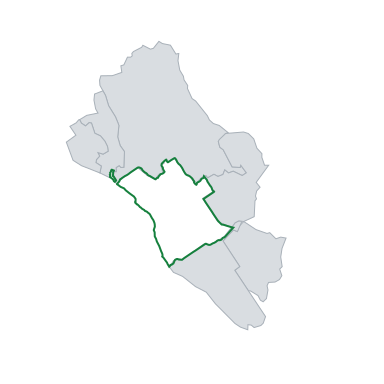 map of Angola with Democratic Republic of the Congo, Botswana, Namibia and 3 others greyed out, rotated 326°
{"feature_id": "AGO", "entity_name": "Angola", "entity_type": "country or territory", "adm_level": 0, "iso_a3": "AGO", "parent_name": "Africa", "parent_adm1": "", "projection": "equal_earth", "projection_center": [17.424, -11.224], "detail": "fine", "context": "with_neighbors", "style": "outline", "palette": "green", "viewbox_px": 384, "rotation_deg": 326, "n_neighbors": 6, "source": "natural_earth", "source_scale": "50m", "svg_char_len": 7616}
<svg xmlns="http://www.w3.org/2000/svg" viewBox="0 0 384 384"><g transform="rotate(326 192 192)"><path d="M245.9,118.6L247.4,137.4L246.7,142.0L248.0,147.2L251.8,152.1L255.2,163.2L252.6,162.3L242.0,164.9L240.1,170.5L241.5,174.4L239.3,193.6L245.6,198.6L247.4,197.0L247.8,206.5L242.8,206.4L237.8,197.8L232.9,196.6L231.5,192.0L227.4,194.8L222.2,193.6L220.1,189.6L212.9,189.0L212.6,186.2L207.3,185.5L198.8,187.4L199.2,176.9L197.1,173.7L196.6,168.3L197.6,162.9L196.3,159.5L196.2,154.0L188.2,154.1L188.8,150.9L185.4,150.9L185.1,152.4L181.0,152.8L178.4,160.1L174.8,158.9L168.3,160.8L164.2,153.4L160.7,141.5L141.3,141.4L134.4,143.4L133.5,140.7L135.2,139.8L136.4,133.6L138.8,131.8L140.5,132.7L142.8,129.3L146.4,129.4L146.8,131.9L149.3,133.4L158.6,120.7L158.4,113.4L161.2,104.8L168.6,96.0L169.3,93.1L170.6,86.8L171.1,73.9L174.3,63.6L175.3,52.1L177.9,47.6L181.4,44.7L191.0,51.0L200.7,53.6L203.6,47.6L206.6,48.5L213.9,44.1L216.5,45.9L218.6,45.7L219.6,43.5L222.0,42.8L231.2,43.9L233.3,42.9L237.4,50.3L240.3,51.3L248.8,48.6L250.4,52.3L256.2,58.2L255.8,68.6L258.5,69.8L253.8,75.3L250.0,84.1L249.6,91.2L248.1,94.6L248.0,101.3L246.1,103.7L244.3,114.6L245.9,118.6Z" fill="#d9dde1" stroke="#a8b0b8" stroke-width="1"/><path d="M244.2,282.8L235.1,289.1L229.2,295.5L225.0,304.3L221.6,304.9L219.7,311.6L215.6,313.5L210.5,313.1L204.9,309.8L201.8,311.7L200.2,315.7L194.1,322.0L189.6,322.8L188.2,319.9L188.8,314.8L185.2,306.8L183.5,305.5L183.7,280.8L189.9,280.5L190.3,249.9L205.1,246.6L207.5,250.2L211.6,246.8L218.4,245.4L224.0,258.9L231.0,268.3L233.7,269.2L235.4,277.7L240.3,279.0L244.2,282.8Z" fill="#d9dde1" stroke="#a8b0b8" stroke-width="1"/><path d="M183.7,280.8L183.3,336.4L177.7,340.6L174.4,341.2L167.7,339.1L166.7,335.5L164.2,333.3L161.2,337.4L156.6,331.1L154.1,325.0L148.9,297.8L147.8,283.0L142.0,272.4L137.0,256.7L131.7,248.3L131.3,241.7L138.2,238.6L142.4,238.8L146.3,242.7L173.3,241.8L177.8,245.9L193.4,247.1L210.5,241.6L214.7,242.1L217.2,244.1L207.5,250.2L205.1,246.6L190.3,249.9L189.9,280.5L183.7,280.8Z" fill="#d9dde1" stroke="#a8b0b8" stroke-width="1"/><path d="M174.7,58.3L174.3,63.6L171.1,73.9L170.6,86.8L169.3,93.1L168.6,96.0L161.2,104.8L158.4,113.4L158.6,120.7L149.3,133.4L146.8,131.9L146.4,129.4L142.8,129.3L140.5,132.7L136.3,128.7L131.7,134.0L126.3,124.7L131.3,119.8L128.8,113.9L131.0,111.7L135.5,110.6L136.0,106.7L139.5,110.9L145.3,111.3L147.4,107.1L148.2,101.2L147.5,94.3L144.3,89.0L147.2,78.7L145.6,77.0L140.7,77.7L138.8,73.1L139.3,69.2L147.6,69.6L158.2,74.0L158.6,69.2L162.1,61.0L166.0,56.3L174.7,58.3Z" fill="#d9dde1" stroke="#a8b0b8" stroke-width="1"/><path d="M127.5,69.3L134.6,69.9L138.5,68.8L139.3,69.2L138.8,73.1L140.7,77.7L145.6,77.0L147.2,78.7L144.3,89.0L147.5,94.3L148.2,101.2L147.4,107.1L145.3,111.3L139.5,110.9L136.0,106.7L135.5,110.6L131.0,111.7L128.8,113.9L131.3,119.8L126.3,124.7L115.1,108.4L111.1,99.2L115.7,80.4L127.5,80.0L127.5,69.3Z" fill="#d9dde1" stroke="#a8b0b8" stroke-width="1"/><path d="M252.6,162.3L268.3,171.1L271.4,175.0L272.9,182.5L270.3,192.0L271.4,199.3L269.3,202.3L267.1,210.4L270.5,212.7L250.6,219.9L251.1,226.1L246.2,227.3L242.4,230.8L241.6,233.8L239.3,234.5L229.8,247.2L218.4,245.4L214.7,242.1L210.5,241.6L205.2,243.6L196.8,231.1L197.3,203.3L210.8,203.4L210.3,200.4L211.3,197.1L210.2,193.0L211.0,188.8L210.3,186.0L212.6,186.2L212.9,189.0L220.1,189.6L222.2,193.6L227.4,194.8L231.5,192.0L232.9,196.6L237.8,197.8L242.8,206.4L247.8,206.5L247.4,197.0L245.6,198.6L239.3,193.6L241.5,174.4L240.1,170.5L242.0,164.9L243.8,163.8L252.6,162.3Z" fill="#d9dde1" stroke="#a8b0b8" stroke-width="1"/><path d="M210.7,185.5L210.8,186.7L210.9,188.3L211.0,189.4L211.1,190.0L211.0,190.5L210.9,191.2L210.7,191.8L210.6,192.3L210.7,193.0L210.6,194.2L210.6,195.3L210.5,196.5L210.7,198.5L210.7,199.2L210.4,200.2L210.2,201.0L210.0,202.0L210.0,202.5L210.5,203.8L210.5,204.1L210.1,204.2L209.7,204.2L208.3,204.2L206.4,204.2L204.5,204.2L202.5,204.2L200.8,204.2L199.1,204.2L197.6,204.2L197.6,205.6L197.5,208.4L197.5,211.2L197.5,214.0L197.5,216.8L197.5,219.6L197.4,222.4L197.4,225.2L197.4,228.0L197.4,230.0L197.8,232.7L198.4,235.6L198.7,235.8L199.4,236.4L200.4,237.5L201.0,238.3L202.1,239.7L203.6,241.5L205.0,243.2L206.3,244.6L204.3,245.1L201.4,245.8L199.5,246.3L197.1,246.9L195.6,247.3L193.6,247.7L193.3,247.7L192.8,247.4L191.7,247.3L190.3,247.8L189.3,247.9L188.5,247.7L187.8,247.3L187.0,246.7L185.8,246.5L183.9,246.7L182.2,246.6L180.5,246.2L179.3,246.1L178.6,246.1L177.8,246.0L177.0,245.7L176.3,245.2L175.4,244.0L174.8,242.9L174.6,242.7L174.4,242.6L174.2,242.5L172.3,242.5L170.6,242.5L169.6,242.5L167.1,242.5L164.6,242.5L162.2,242.5L159.7,242.4L157.2,242.4L154.8,242.4L152.3,242.4L149.9,242.4L148.5,242.4L147.3,242.5L146.0,242.6L145.8,242.6L145.5,242.4L145.3,242.2L144.5,241.6L143.9,241.1L143.0,240.3L142.5,239.4L142.0,239.1L141.2,239.0L140.6,238.8L140.1,238.8L139.2,239.2L138.5,239.6L138.0,240.0L137.2,240.5L136.5,240.9L135.3,240.8L135.0,240.9L134.3,240.9L133.7,240.5L133.1,240.5L132.3,241.0L131.3,241.2L131.5,237.9L131.8,236.5L131.7,234.8L131.6,230.3L131.4,229.6L131.2,228.9L131.9,228.4L132.2,227.9L132.6,227.2L132.9,226.2L133.3,223.8L134.6,218.5L135.2,213.3L136.0,210.8L136.3,208.0L138.5,204.5L139.0,202.2L140.2,201.2L141.8,200.0L143.0,198.0L143.6,196.5L144.2,193.8L144.2,191.0L144.6,187.1L144.5,186.1L143.9,184.5L143.7,183.4L143.2,182.4L142.5,181.6L142.3,180.1L141.2,177.9L140.9,176.3L140.4,175.3L140.3,173.9L140.0,172.5L139.5,171.1L139.0,169.5L139.0,169.0L139.3,168.4L139.6,168.2L139.5,168.5L139.3,168.8L139.3,169.1L141.3,166.3L141.4,165.8L141.4,165.1L141.3,164.4L141.4,163.5L139.5,158.3L138.0,153.5L137.7,151.0L135.7,147.8L135.0,145.7L134.5,144.2L134.2,143.7L134.3,143.4L134.8,143.3L135.9,143.0L137.5,142.6L138.9,141.7L139.3,141.4L140.1,141.3L140.9,141.5L141.1,141.4L141.3,141.3L143.1,141.3L143.9,141.3L145.3,141.3L146.2,141.4L146.7,141.5L148.1,141.6L149.8,141.6L150.4,141.5L152.6,141.4L154.8,141.4L156.8,141.4L159.0,141.4L160.6,141.4L161.4,141.7L162.1,142.3L162.4,142.8L162.6,143.0L162.8,143.6L163.2,144.0L163.3,144.7L163.2,145.6L163.2,146.7L163.5,148.0L163.9,149.4L164.6,150.8L164.9,152.0L164.8,152.8L165.1,153.7L165.6,154.6L165.9,155.1L166.2,155.5L166.8,156.9L167.9,159.2L168.7,160.9L169.0,161.1L169.4,161.0L170.3,160.9L171.1,160.8L171.8,161.2L172.0,161.1L173.0,160.4L173.9,160.2L174.9,160.0L175.4,159.7L176.0,159.7L177.6,160.2L177.9,160.3L179.2,160.3L180.5,159.9L180.7,157.6L180.7,157.2L181.0,156.3L181.4,155.6L181.5,154.9L181.4,153.9L181.7,152.7L182.6,151.7L184.0,151.3L184.8,151.2L186.1,150.9L188.0,150.7L188.7,150.7L188.8,150.8L188.4,152.5L188.4,153.0L188.5,153.6L188.8,153.9L190.8,153.9L192.6,153.9L194.7,154.0L196.3,154.1L196.5,154.2L196.7,154.3L196.9,155.1L196.9,156.7L196.5,159.1L196.6,161.2L197.2,163.2L197.3,166.4L197.1,168.2L196.8,170.5L196.7,173.2L196.9,174.3L197.5,175.5L198.4,176.7L199.1,178.2L199.6,180.2L199.8,181.4L199.7,181.9L199.7,182.7L199.8,184.0L199.7,184.8L199.1,185.2L199.0,185.7L199.2,186.8L199.3,187.7L199.5,188.1L199.6,188.4L199.9,188.4L200.4,188.1L201.0,187.4L201.5,187.2L202.2,187.2L203.1,187.4L204.8,187.4L205.4,187.3L207.0,186.5L207.4,186.4L208.0,186.5L208.9,186.7L209.8,186.8L210.2,186.5L210.3,186.2L210.4,185.7L210.7,185.5ZM139.3,130.5L139.2,130.6L138.5,131.0L137.7,131.4L136.7,132.9L136.2,133.5L135.6,134.0L135.2,134.3L135.3,134.5L135.5,134.7L135.7,135.0L135.7,137.5L135.6,139.9L135.5,140.1L134.8,140.2L134.0,140.3L133.7,140.4L133.6,140.2L133.3,139.3L133.5,138.5L133.6,137.9L133.4,136.6L133.0,135.5L132.5,134.0L132.4,133.7L132.8,133.3L133.4,132.3L133.6,131.7L134.3,131.6L134.5,131.3L134.7,130.7L134.8,130.3L135.6,130.1L136.5,129.6L137.0,129.0L137.5,128.7L137.8,128.6L138.1,128.8L138.6,129.7L139.2,130.3L139.3,130.5Z" fill="none" stroke="#15803d" stroke-width="2"/></g></svg>